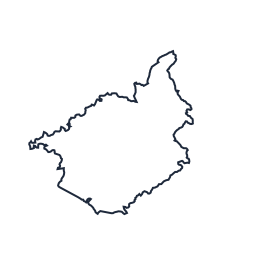 outline of Santa Cecília, Santa Catarina, Brazil, rotated 37°
{"feature_id": "56859067B99160038311244", "entity_name": "Santa Cecília", "entity_type": "district", "adm_level": 2, "iso_a3": "BRA", "parent_name": "Brazil", "parent_adm1": "Santa Catarina", "projection": "albers", "projection_center": [-50.467, -26.885], "detail": "fine", "context": "isolated", "style": "outline", "palette": "slate", "viewbox_px": 256, "rotation_deg": 37, "n_neighbors": 0, "source": "geoboundaries", "source_scale": "gbopen_adm2", "svg_char_len": 5584}
<svg xmlns="http://www.w3.org/2000/svg" viewBox="0 0 256 256"><g transform="rotate(37 128 128)"><path d="M106.8,216.0L107.9,216.5L109.4,216.4L129.8,213.3L132.9,213.0L134.0,213.1L135.4,212.2L136.6,212.9L138.2,212.5L139.3,212.6L139.1,211.1L138.6,209.6L139.0,208.2L140.1,207.2L141.1,207.1L141.0,208.4L140.8,210.0L141.0,211.7L142.4,212.3L143.5,212.5L144.7,212.2L146.0,212.3L147.3,212.5L148.3,212.7L149.1,213.2L150.3,213.5L151.6,213.9L152.6,214.7L154.1,214.9L155.4,214.8L155.2,213.5L155.5,212.3L155.9,211.0L166.1,206.0L167.3,205.0L167.8,203.7L168.6,202.6L169.6,201.5L170.4,200.4L171.7,199.5L173.5,198.6L175.4,198.9L176.9,198.9L177.7,197.5L178.3,196.5L176.9,195.8L175.1,195.5L173.9,195.1L173.0,194.5L171.9,193.5L173.5,192.6L174.8,192.7L176.0,191.4L176.2,190.0L175.4,189.1L174.7,188.1L175.1,186.6L176.2,185.4L177.3,183.8L177.4,182.4L176.6,181.8L176.8,180.3L175.9,179.5L176.3,178.2L175.9,176.8L176.7,175.5L176.8,173.9L178.9,174.3L179.0,172.2L178.5,170.5L179.2,168.6L180.7,168.1L182.0,167.8L183.6,168.2L184.6,167.4L185.0,165.9L184.3,164.6L184.3,163.2L184.2,162.1L183.9,160.8L185.0,159.8L185.7,158.9L186.1,157.9L186.7,157.0L186.7,155.6L186.5,154.3L188.4,152.7L188.5,151.1L188.7,149.1L189.7,147.1L190.7,145.8L191.5,145.0L191.3,143.4L191.1,141.8L190.4,140.4L191.3,138.7L191.5,137.3L191.8,135.9L192.1,134.7L193.6,133.6L194.1,131.7L195.2,130.5L195.0,128.9L195.3,127.4L194.7,126.3L193.1,125.8L191.9,126.0L191.0,126.6L189.8,126.5L188.7,125.2L189.6,123.8L190.4,122.5L191.0,121.7L192.1,121.6L193.3,122.1L194.4,122.1L195.3,121.0L196.5,119.8L197.7,119.3L197.2,117.9L196.0,116.6L194.9,116.0L193.9,116.4L192.7,116.3L192.5,115.2L191.5,114.0L190.3,113.4L189.6,112.6L188.9,111.1L189.0,109.7L188.1,109.3L186.9,109.1L185.8,109.7L184.6,110.6L183.3,110.8L182.0,111.0L180.2,110.1L177.4,109.6L175.8,109.4L174.8,109.2L173.8,109.8L172.7,110.0L172.7,108.5L170.5,107.4L169.4,106.9L168.4,105.9L168.5,104.5L168.1,103.2L168.2,101.4L168.5,99.7L169.1,98.4L169.0,97.2L170.0,95.9L170.7,94.5L170.6,93.3L170.1,91.7L170.5,90.7L170.2,89.3L170.1,87.9L171.2,87.3L172.5,87.8L173.5,87.5L175.2,87.3L176.5,86.5L177.1,85.4L176.1,84.3L175.3,83.1L174.2,82.0L171.9,81.9L170.3,81.2L168.7,82.1L167.3,81.6L166.1,81.8L165.3,81.3L165.8,79.9L164.4,79.2L164.1,77.5L165.6,76.4L166.9,76.2L167.4,74.9L166.8,74.1L165.6,73.7L164.5,72.6L163.4,72.5L162.4,72.6L160.1,73.0L158.9,72.4L157.5,72.2L156.4,72.9L155.3,72.5L153.9,73.1L152.7,72.9L150.5,71.7L148.8,71.4L147.5,71.1L146.4,70.1L146.0,68.0L144.9,68.5L144.5,69.5L143.2,69.0L142.0,68.1L141.4,67.3L140.3,66.0L138.9,65.2L137.9,64.3L136.7,63.6L135.6,63.0L134.4,62.5L133.2,62.9L131.9,62.8L130.8,62.5L130.0,61.6L129.1,60.5L128.0,59.5L127.0,59.0L126.0,58.9L124.8,58.5L124.6,57.2L125.1,56.0L124.7,54.8L124.8,53.3L125.0,51.8L125.2,50.6L125.7,49.5L125.7,48.3L125.6,47.2L125.7,45.8L125.1,44.0L123.6,43.5L123.2,42.3L122.3,41.2L120.8,41.3L119.6,41.6L118.7,40.4L117.7,39.5L117.1,40.5L116.6,41.7L115.6,42.7L115.3,43.8L114.8,45.0L114.4,46.2L113.5,47.5L112.9,48.8L112.1,49.9L111.7,51.1L111.0,52.5L110.8,53.9L110.9,55.4L111.4,56.8L112.8,57.1L110.2,64.8L110.6,65.9L110.8,67.4L111.3,69.0L111.9,70.0L112.2,71.1L112.9,72.2L113.5,73.4L114.0,74.7L114.4,76.6L115.1,78.4L116.0,79.8L117.2,80.3L115.2,84.9L113.8,84.7L112.9,85.6L111.8,85.5L110.4,85.7L109.4,86.8L108.3,87.6L107.3,86.8L106.5,87.7L106.4,88.9L107.5,89.8L109.1,90.7L110.0,91.8L110.8,92.5L111.6,93.6L112.6,94.9L113.0,96.5L113.3,97.7L113.4,98.8L114.4,99.4L115.4,100.0L116.8,100.7L118.1,101.4L119.2,102.0L118.1,102.6L116.1,103.0L115.3,103.9L114.4,104.7L113.3,104.8L112.4,105.0L111.4,105.6L110.3,104.8L108.8,104.3L107.8,104.8L106.3,106.0L104.5,106.6L103.5,107.6L102.4,108.4L101.0,108.6L99.6,108.1L98.0,107.4L96.4,108.3L95.2,109.3L94.3,110.1L94.5,111.6L93.5,112.4L92.2,112.9L90.7,112.4L90.4,113.6L90.2,114.7L89.9,116.0L88.8,117.2L87.4,118.1L86.3,119.1L86.5,120.4L87.6,121.4L88.7,121.1L89.7,121.0L90.4,122.3L89.3,123.3L87.6,123.1L86.2,123.7L86.2,124.8L86.6,126.1L86.9,127.4L87.3,128.8L87.3,130.5L85.9,130.7L84.9,131.2L85.3,132.4L84.3,134.0L83.6,135.5L83.0,136.4L82.2,137.1L82.3,138.5L83.5,139.2L84.1,140.6L84.9,141.8L84.9,143.7L84.3,144.9L83.7,146.2L82.7,146.9L80.8,146.6L79.9,147.4L79.0,148.3L78.5,149.7L79.3,150.9L79.0,152.1L77.8,153.1L76.4,154.0L76.9,155.5L76.3,156.3L76.9,157.8L77.7,159.2L78.7,159.7L77.5,160.6L77.5,161.7L78.6,161.6L79.8,161.4L81.0,161.4L80.2,162.6L81.0,163.3L81.5,164.3L81.3,165.7L80.6,167.0L80.0,167.9L78.8,167.7L77.9,166.7L76.9,166.9L75.8,166.8L74.0,167.3L74.4,168.6L75.4,169.7L75.5,171.1L75.2,172.2L74.3,172.7L73.3,173.5L72.3,174.0L71.6,175.2L71.9,176.9L71.9,178.5L70.8,179.9L70.3,181.2L69.6,181.9L68.4,182.4L67.2,181.5L65.9,181.4L64.5,181.5L63.3,181.8L64.0,183.4L64.5,184.9L65.1,186.4L64.2,188.0L63.6,190.2L62.8,191.5L61.7,191.6L61.0,192.8L61.6,194.3L62.8,195.4L61.9,196.2L60.9,197.2L59.9,197.6L58.6,197.0L58.7,198.1L58.3,199.2L58.9,200.4L59.8,200.9L60.9,201.5L61.9,202.6L62.7,203.5L63.8,202.5L64.9,200.7L64.0,199.6L63.4,198.7L64.8,198.2L65.9,198.7L67.0,198.5L68.1,197.8L67.1,196.4L66.2,195.0L66.7,194.0L67.8,193.0L69.1,192.3L70.0,192.0L71.4,192.1L72.5,190.7L73.8,190.8L72.7,192.6L72.8,193.8L73.6,194.8L75.4,194.4L77.2,194.7L78.8,195.2L79.6,194.6L80.5,193.3L80.8,191.7L81.4,190.7L82.6,190.1L83.5,190.8L84.2,191.8L85.0,192.3L86.5,191.8L87.9,191.3L89.5,190.8L91.0,191.2L91.8,191.8L92.7,192.5L93.7,192.4L94.4,193.3L94.8,194.5L95.1,195.8L94.8,197.0L95.2,198.3L96.3,198.8L96.9,199.8L96.6,201.1L96.0,201.9L96.5,203.2L100.1,199.6L100.9,198.7L101.8,200.0L102.7,201.0L103.7,201.7L104.7,203.4L105.3,205.0L105.4,206.3L105.4,207.4L105.6,209.0L106.6,210.2L106.0,211.8L105.9,213.6L106.3,214.8L106.8,216.0Z" fill="none" stroke="#1e293b" stroke-width="2"/></g></svg>